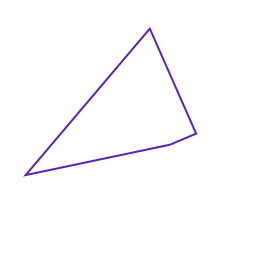 Pointe La Rue, Albers equal-area conic projection, rotated 123°
{"feature_id": "SYC-5217", "entity_name": "Pointe La Rue", "entity_type": "state/province", "adm_level": 1, "iso_a3": "SYC", "parent_name": "Seychelles", "parent_adm1": "", "projection": "albers", "projection_center": [55.516, -4.673], "detail": "fine", "context": "isolated", "style": "outline", "palette": "violet", "viewbox_px": 256, "rotation_deg": 123, "n_neighbors": 0, "source": "natural_earth", "source_scale": "10m", "svg_char_len": 220}
<svg xmlns="http://www.w3.org/2000/svg" viewBox="0 0 256 256"><g transform="rotate(123 128 128)"><path d="M95.6,67.8L119.1,83.7L223.2,188.2L32.8,163.8L95.6,67.8Z" fill="none" stroke="#5b21b6" stroke-width="2"/></g></svg>